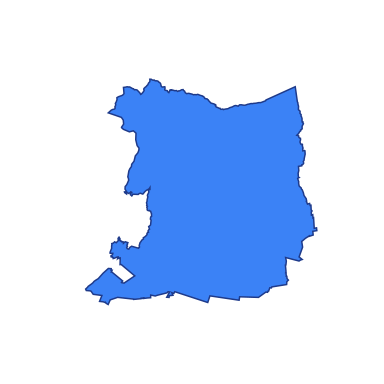 the district of Tlachichuca, Puebla, Mexico, rotated 249°
{"feature_id": "50627088B20721288648973", "entity_name": "Tlachichuca", "entity_type": "district", "adm_level": 2, "iso_a3": "MEX", "parent_name": "Mexico", "parent_adm1": "Puebla", "projection": "equal_earth", "projection_center": [-97.33, 19.148], "detail": "fine", "context": "isolated", "style": "filled", "palette": "blue", "viewbox_px": 384, "rotation_deg": 249, "n_neighbors": 0, "source": "geoboundaries", "source_scale": "gbopen_adm2", "svg_char_len": 6048}
<svg xmlns="http://www.w3.org/2000/svg" viewBox="0 0 384 384"><g transform="rotate(249 192 192)"><path d="M89.2,267.2L89.6,268.9L89.5,270.7L93.0,268.7L100.9,275.5L106.5,276.7L108.1,281.3L109.0,285.7L108.6,285.6L108.4,289.7L112.0,290.7L111.2,294.7L113.9,295.4L114.3,293.1L124.5,296.3L124.5,295.6L127.6,296.6L127.6,295.2L130.7,296.2L130.8,296.8L131.1,297.1L131.6,297.3L132.5,296.8L137.0,298.3L137.1,297.5L139.2,297.7L139.3,295.5L142.3,295.4L142.4,295.8L144.9,296.2L148.6,295.3L151.4,295.7L154.5,295.7L155.6,295.2L156.7,295.4L158.8,294.3L159.5,294.2L162.4,294.8L163.1,295.3L166.9,295.5L167.1,297.1L167.4,296.8L169.1,297.0L170.6,297.6L171.1,297.6L173.8,299.4L177.8,300.6L177.1,303.8L178.0,304.2L177.8,304.7L178.3,305.9L178.9,306.6L180.6,306.8L181.6,308.1L182.6,308.5L186.8,311.2L190.0,312.2L190.4,311.9L190.7,310.2L193.3,311.1L193.3,311.4L196.0,311.6L196.3,312.0L197.0,312.1L197.8,310.7L199.5,310.7L200.0,310.7L201.9,312.1L203.3,312.5L203.8,311.8L204.6,311.4L205.2,311.4L206.2,311.7L207.4,310.2L208.3,312.3L209.8,314.2L210.2,315.5L210.9,315.6L211.5,317.5L213.4,318.1L214.3,318.7L215.8,320.5L216.7,320.3L217.4,320.7L217.6,320.0L218.0,319.9L218.6,320.3L219.3,320.3L220.9,321.0L222.7,321.2L223.7,321.0L225.2,321.6L226.6,321.0L228.6,321.8L229.5,321.6L230.3,321.0L230.9,320.9L233.9,322.2L236.1,322.4L237.3,322.8L238.5,322.7L253.3,326.1L251.4,294.0L250.8,293.4L250.8,288.9L250.9,287.9L251.5,286.5L252.0,283.5L252.7,281.2L252.9,279.8L253.4,279.0L253.6,277.7L253.6,276.6L253.9,276.0L254.0,272.7L254.6,271.2L255.7,269.4L256.2,268.1L256.3,267.6L255.6,265.9L256.9,264.1L257.2,263.4L257.3,262.2L257.0,260.2L257.2,257.6L256.9,255.4L257.5,252.7L257.7,250.8L257.9,250.6L258.4,250.5L258.8,248.6L259.2,248.3L260.1,248.2L260.4,247.4L261.9,246.0L262.6,245.1L263.3,244.9L264.0,245.2L264.2,244.9L265.0,245.3L265.4,244.6L265.7,244.7L266.5,243.9L268.2,241.6L271.0,240.4L272.4,240.1L272.7,239.7L273.6,239.4L274.1,238.3L274.6,238.0L274.7,237.5L276.9,237.1L277.6,236.2L277.9,236.2L279.5,234.1L281.1,232.4L281.3,230.7L281.9,229.7L282.2,228.3L283.3,227.2L285.3,224.3L285.8,222.2L287.1,221.3L288.9,221.2L289.8,220.5L290.8,220.4L291.2,218.9L290.9,217.2L290.9,216.4L291.2,215.7L291.0,214.7L292.3,213.8L292.6,212.5L293.1,211.6L293.5,211.4L293.9,210.4L294.3,210.0L294.4,209.2L294.8,209.5L295.2,208.1L293.1,206.0L294.2,205.3L295.5,205.2L296.6,203.4L297.3,203.2L298.7,204.1L300.0,204.3L300.6,201.9L301.5,201.2L304.6,201.5L305.7,201.1L306.6,200.3L307.3,200.2L308.3,199.2L309.0,197.5L310.2,196.7L310.2,195.9L310.9,195.0L312.0,194.2L312.4,193.0L311.1,192.7L310.0,192.0L309.3,190.5L307.8,189.0L307.6,188.2L306.8,186.9L306.7,186.2L305.9,184.3L305.3,183.8L303.9,183.7L302.6,181.9L301.7,180.1L301.5,179.1L303.3,178.8L306.9,177.3L307.7,176.2L308.1,174.8L309.3,174.4L309.7,173.7L312.4,171.5L312.7,170.4L313.2,169.8L313.6,168.6L313.7,167.6L314.2,165.5L308.3,163.8L307.8,163.1L307.2,161.7L307.3,157.5L307.0,155.7L305.1,155.1L303.0,153.3L302.2,152.2L301.0,152.1L300.0,151.5L299.1,150.5L298.1,150.4L297.4,149.9L297.2,149.3L297.5,147.3L297.3,145.8L295.9,142.2L287.0,152.8L283.8,153.6L279.9,152.5L277.7,149.4L277.3,149.3L275.1,150.4L270.6,155.1L270.1,159.2L267.0,160.8L260.9,158.2L254.9,157.4L252.1,158.2L251.1,157.9L249.8,157.1L248.0,155.5L246.0,152.0L241.5,148.9L239.5,145.6L237.5,144.6L235.9,142.2L234.3,140.6L229.1,137.5L227.5,137.5L225.7,137.1L222.9,134.4L221.9,133.2L221.1,131.6L218.7,130.5L216.5,130.9L215.9,130.1L216.3,129.0L215.6,128.9L213.6,130.2L215.6,131.1L214.6,131.3L213.3,132.4L213.4,132.9L213.1,133.3L213.5,133.1L213.6,134.1L214.1,134.9L213.7,135.3L213.3,135.6L212.8,134.5L211.6,133.5L209.9,134.4L210.6,135.5L211.2,135.8L209.0,140.9L209.4,141.8L209.4,143.3L207.8,145.1L207.7,145.5L209.3,148.3L209.9,150.0L210.3,153.1L211.2,154.3L209.4,153.6L209.6,152.4L209.5,151.9L207.9,151.8L207.1,151.4L205.1,149.3L204.4,149.0L203.4,149.1L200.8,147.3L199.4,146.7L198.2,145.6L196.8,145.6L195.6,144.8L195.1,144.9L194.7,145.3L194.4,145.2L193.8,144.3L192.4,144.3L191.7,143.8L191.1,143.8L190.2,144.5L190.0,145.6L189.2,145.9L188.8,146.5L187.0,146.3L186.6,146.5L183.7,145.5L183.5,144.5L181.6,143.4L180.3,143.7L176.1,141.5L175.5,140.2L175.3,139.2L172.5,139.0L172.4,138.3L171.4,137.0L170.0,136.9L170.1,136.0L169.3,135.0L168.4,134.8L167.9,134.0L167.1,132.1L166.7,130.1L165.5,129.8L165.0,127.7L164.1,126.7L163.4,125.4L160.9,123.5L159.9,123.4L159.1,123.0L159.2,122.4L158.7,121.9L163.0,116.2L162.5,114.0L161.3,112.5L162.3,111.2L163.5,111.1L163.9,111.7L164.3,111.8L164.5,112.3L165.7,112.1L166.5,113.2L167.1,113.2L167.3,113.6L167.7,114.0L169.5,111.8L168.7,109.6L170.0,110.0L170.6,109.1L170.5,108.8L171.0,108.8L171.8,107.7L172.2,108.0L173.8,107.3L174.2,108.0L176.0,107.7L175.3,106.5L174.7,106.1L173.0,106.1L173.0,105.6L171.8,103.1L173.2,101.9L172.5,100.3L172.6,98.6L171.4,98.3L170.4,97.6L168.2,96.8L165.1,93.9L164.2,93.6L163.1,96.1L162.4,95.7L161.3,94.0L161.5,93.6L160.6,93.2L160.0,94.4L159.5,94.2L159.0,94.9L158.1,94.6L158.0,95.6L158.1,98.7L157.9,99.6L156.5,98.7L157.0,100.0L156.0,100.1L155.9,100.4L156.3,101.1L156.2,101.4L150.0,98.8L149.7,99.9L134.2,108.5L131.3,95.9L132.7,93.7L132.9,93.7L133.8,95.4L146.0,88.5L146.2,88.0L147.6,89.4L147.9,88.4L149.4,89.1L150.6,86.5L148.0,79.8L144.7,73.4L144.1,70.2L143.6,68.4L142.9,67.3L142.3,65.7L141.1,61.2L140.5,60.4L139.5,57.9L137.9,58.0L136.3,61.3L135.6,62.2L131.9,63.1L127.7,70.8L123.0,66.5L121.2,69.9L120.0,71.2L120.1,71.7L118.9,71.9L117.0,73.4L120.6,77.0L120.3,84.8L112.8,99.3L112.6,99.2L110.8,105.7L111.0,105.9L110.7,106.5L111.0,106.7L110.9,106.9L110.6,106.7L110.4,107.2L110.7,108.2L110.6,108.7L110.4,109.2L109.9,108.9L109.1,112.2L108.1,115.5L110.6,116.5L108.1,120.4L108.0,122.8L106.8,132.5L107.5,133.9L106.7,135.3L102.8,130.7L101.8,132.8L103.3,133.7L102.4,137.2L105.2,137.1L103.8,138.7L105.1,140.2L83.2,167.1L88.6,171.5L74.1,197.2L77.1,198.9L69.8,216.3L72.1,225.1L71.3,226.6L72.2,227.4L72.0,228.0L74.7,230.3L74.0,231.8L74.8,232.5L71.7,247.2L74.3,248.4L75.2,250.4L77.1,249.7L79.2,250.3L79.7,249.8L80.0,250.2L81.1,250.2L82.9,250.9L83.1,250.5L84.2,251.3L90.3,253.0L90.2,253.5L93.7,255.3L97.3,255.9L89.2,267.2Z" fill="#3b82f6" stroke="#1e3a8a" stroke-width="1.5"/></g></svg>